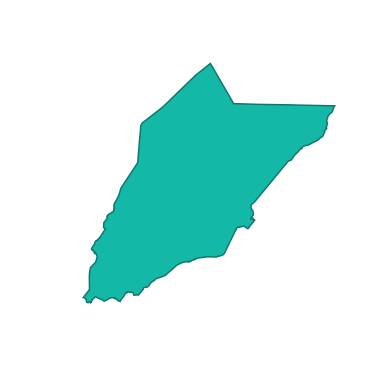 Røros nor, Sør-Trøndelag, Norway (Equal Earth projection), rotated 303°
{"feature_id": "86288312B67430343511851", "entity_name": "Røros nor", "entity_type": "district", "adm_level": 2, "iso_a3": "NOR", "parent_name": "Norway", "parent_adm1": "Sør-Trøndelag", "projection": "equal_earth", "projection_center": [11.42, 62.57], "detail": "fine", "context": "isolated", "style": "filled", "palette": "teal", "viewbox_px": 384, "rotation_deg": 303, "n_neighbors": 0, "source": "geoboundaries", "source_scale": "gbopen_adm2", "svg_char_len": 5274}
<svg xmlns="http://www.w3.org/2000/svg" viewBox="0 0 384 384"><g transform="rotate(303 192 192)"><path d="M222.8,112.7L219.7,112.9L215.6,115.2L207.9,119.2L187.0,130.5L156.6,130.3L149.4,132.4L138.9,133.4L138.2,134.0L133.3,136.8L126.6,133.8L124.7,134.1L124.1,135.3L118.3,134.7L114.0,137.2L113.9,139.4L104.3,139.5L103.9,139.4L103.9,139.6L103.7,139.7L103.1,139.8L102.6,139.5L102.2,139.1L101.6,139.0L101.4,138.9L101.0,138.9L100.6,138.9L100.3,138.9L100.0,138.8L99.9,138.7L99.5,138.7L99.4,138.6L99.0,138.3L99.1,138.2L98.9,138.1L98.2,137.9L97.8,137.9L97.4,137.9L95.7,138.6L94.5,138.5L90.0,138.5L89.6,138.6L89.6,138.8L89.5,139.1L89.5,139.4L89.1,139.6L89.4,139.8L89.5,140.0L89.0,140.4L89.0,140.5L89.2,141.0L89.1,141.4L89.0,141.6L89.0,142.0L88.8,142.1L88.3,142.1L88.3,142.4L88.1,142.7L88.1,142.9L88.4,143.1L88.6,143.1L88.7,143.3L88.5,143.5L88.3,143.8L88.1,143.9L87.5,144.0L87.5,144.9L88.0,145.5L86.3,147.6L80.9,149.4L73.4,148.0L68.9,149.9L66.7,151.0L63.7,152.9L58.4,156.5L54.0,159.3L53.7,159.1L44.3,158.3L44.6,158.9L44.7,159.7L44.6,160.2L44.4,160.9L44.0,161.8L43.3,162.7L42.2,163.6L42.2,164.0L42.6,165.2L44.7,166.4L44.7,166.7L44.4,166.7L43.9,167.1L43.8,167.3L44.8,167.6L45.6,167.2L46.6,167.1L47.1,167.0L51.4,168.0L51.9,170.9L52.8,176.5L52.5,177.2L52.5,177.6L53.2,178.3L56.9,180.3L58.1,180.8L59.1,181.7L60.9,184.2L61.0,184.3L60.9,184.4L61.0,184.4L61.1,184.5L60.9,184.7L61.1,184.8L61.1,185.0L60.9,185.3L60.8,185.5L60.7,185.7L60.7,185.9L60.9,186.1L61.0,186.3L60.9,186.5L60.9,187.0L61.0,187.2L61.1,187.4L61.0,187.5L60.9,187.7L60.8,187.9L60.9,188.3L60.7,188.6L60.9,188.7L60.9,188.8L60.7,189.1L60.6,189.3L60.7,189.5L60.8,189.7L60.9,191.4L63.1,191.0L63.5,191.1L64.0,191.3L64.3,191.3L64.6,191.2L65.6,191.3L65.7,191.5L66.5,191.5L67.4,191.6L67.7,191.5L68.1,191.5L68.4,191.4L68.8,191.5L69.2,191.4L69.5,191.3L70.1,191.5L70.4,191.4L70.7,191.4L71.4,191.9L71.6,192.1L71.8,192.1L72.1,192.0L72.4,192.2L72.4,192.3L72.7,192.5L73.6,192.6L73.9,194.7L74.8,195.5L75.6,197.1L73.8,199.5L75.2,201.3L75.5,201.7L76.4,202.5L76.3,203.1L77.1,203.3L78.1,203.3L78.6,203.4L83.6,204.1L83.6,203.9L83.8,203.7L84.6,203.4L85.1,203.6L85.9,204.0L87.3,205.5L87.5,205.5L88.0,205.7L87.8,206.2L88.0,206.3L88.5,206.5L89.2,206.6L89.6,206.8L90.2,206.9L90.9,206.8L91.5,206.9L91.9,206.7L92.2,206.7L92.3,206.9L92.5,206.9L93.0,206.8L93.8,207.1L94.5,207.3L94.9,207.5L95.0,207.5L95.5,207.5L95.9,207.6L96.2,207.8L96.3,208.0L96.9,208.4L97.0,208.6L98.4,208.7L99.1,208.6L107.2,214.9L122.6,219.2L127.3,222.1L129.7,224.4L130.5,225.3L131.0,226.1L131.3,227.2L132.1,227.0L132.3,227.1L132.2,227.6L132.4,227.6L132.8,227.9L132.9,228.0L132.9,228.3L133.2,228.4L133.3,228.5L133.2,228.6L133.8,228.9L134.0,229.1L134.5,229.3L135.2,229.5L135.3,229.6L135.5,229.7L135.7,230.0L135.9,230.1L136.1,230.1L136.1,230.5L136.4,230.9L137.6,231.1L137.9,231.3L137.8,231.6L138.5,231.8L139.2,232.2L139.3,232.5L140.2,233.4L145.8,239.9L147.2,242.0L150.0,246.7L151.1,248.1L152.9,249.4L153.9,250.6L156.4,252.3L158.9,252.6L160.1,252.3L160.9,252.3L171.9,250.8L172.2,250.8L183.1,249.5L187.1,249.2L187.8,250.5L191.3,253.6L191.7,254.0L191.5,258.4L191.6,258.8L192.0,259.0L192.4,259.1L193.1,259.0L193.4,259.1L193.8,259.1L194.6,258.9L195.0,259.1L195.6,259.2L196.2,259.2L197.4,259.4L197.7,259.3L198.1,259.5L199.1,259.4L199.3,259.6L199.8,259.8L200.9,259.5L201.0,259.6L201.4,259.5L201.5,259.6L201.8,259.7L201.7,259.5L202.3,259.4L202.0,259.1L201.9,259.0L201.8,258.8L201.9,258.7L202.1,258.5L202.8,258.5L202.8,258.2L202.6,258.1L202.6,257.9L202.8,257.9L202.9,257.7L203.0,257.4L202.8,257.3L202.6,257.2L202.7,256.9L202.6,256.7L202.0,256.4L201.6,256.2L201.4,256.3L201.2,256.2L201.7,255.8L202.7,255.7L203.1,255.6L203.4,255.6L204.2,256.0L204.3,255.9L204.7,255.8L205.8,255.9L206.3,255.8L206.5,255.6L207.3,255.3L207.5,255.0L208.0,254.7L208.9,253.7L209.6,253.1L209.6,252.5L209.4,252.2L209.6,251.8L210.4,250.9L211.0,250.1L211.6,249.6L212.2,249.2L212.8,249.0L213.5,248.9L214.7,248.9L216.3,249.3L217.4,249.8L217.9,249.9L269.5,255.8L270.0,255.9L270.4,256.1L271.0,256.1L271.2,256.4L271.3,256.6L271.9,257.1L272.3,257.6L273.1,257.8L275.5,257.8L277.6,258.0L278.2,257.8L279.0,258.0L279.4,258.2L279.8,258.3L280.2,258.3L280.5,258.4L281.5,258.6L282.2,258.8L283.6,259.1L284.5,259.2L285.5,259.2L287.1,259.5L287.7,259.4L288.0,259.6L288.1,259.8L287.8,260.1L287.9,260.3L288.9,260.3L289.8,260.1L290.4,260.2L291.3,260.7L291.5,260.8L291.9,261.2L292.2,261.4L292.2,261.5L293.3,262.6L293.5,262.8L294.3,263.6L294.9,264.0L296.5,265.0L300.7,267.2L301.4,267.7L302.7,268.6L303.6,269.1L304.4,269.4L305.8,269.8L306.2,269.8L308.1,270.5L308.7,270.8L309.0,271.1L309.7,271.3L311.4,271.2L311.9,270.8L312.8,270.7L313.6,270.8L314.4,270.8L314.6,270.7L314.8,270.4L315.1,270.1L315.5,270.0L316.3,269.8L316.9,270.0L317.5,270.4L318.6,270.4L319.0,270.1L319.2,269.8L319.2,269.7L319.1,269.4L319.3,269.1L320.8,269.0L321.8,268.8L323.0,268.3L323.7,267.7L324.0,267.4L324.0,267.2L324.1,266.9L324.8,266.6L325.4,265.9L329.5,264.9L329.8,264.8L330.1,264.7L330.8,264.9L332.2,264.9L333.5,265.3L333.9,265.6L334.7,265.8L335.3,265.9L335.9,265.9L338.0,265.4L338.6,265.1L338.8,264.9L342.0,264.8L322.4,233.2L318.0,226.0L311.6,215.8L302.0,200.5L288.8,178.8L309.8,137.4L291.8,131.4L261.4,124.4L254.1,122.8L246.2,120.9L245.8,120.7L245.5,120.6L245.1,120.5L244.7,120.2L244.4,120.1L244.1,120.1L222.8,112.7Z" fill="#14b8a6" stroke="#0f766e" stroke-width="1.5"/></g></svg>